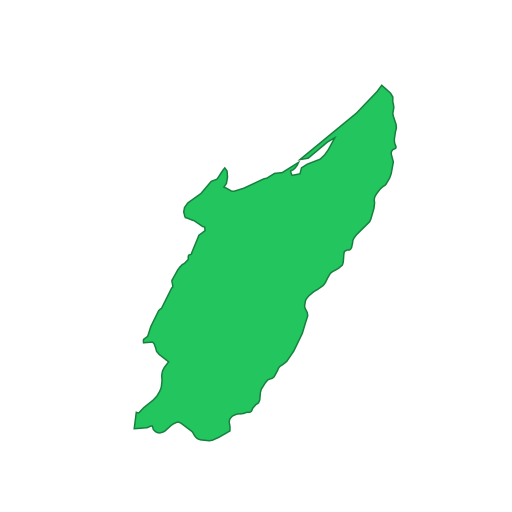 the border of Miranda, rotated 297°
{"feature_id": "VEN-47", "entity_name": "Miranda", "entity_type": "State", "adm_level": 1, "iso_a3": "VEN", "parent_name": "Venezuela", "parent_adm1": "", "projection": "albers", "projection_center": [-66.423, 10.291], "detail": "fine", "context": "isolated", "style": "filled", "palette": "green", "viewbox_px": 512, "rotation_deg": 297, "n_neighbors": 0, "source": "natural_earth", "source_scale": "10m", "svg_char_len": 3469}
<svg xmlns="http://www.w3.org/2000/svg" viewBox="0 0 512 512"><g transform="rotate(297 256 256)"><path d="M258.1,175.7L259.0,174.6L262.4,171.6L266.8,170.3L272.5,171.2L286.7,178.6L302.1,182.2L306.8,186.4L317.6,187.6L320.3,188.2L318.6,191.6L313.4,194.8L307.3,196.7L302.8,196.2L303.0,199.0L302.7,204.7L303.6,206.9L310.8,214.3L328.4,228.0L330.2,230.3L338.0,235.0L342.2,241.5L358.7,251.4L355.4,251.5L352.1,250.9L349.4,249.8L347.5,248.2L345.7,249.7L344.2,251.5L349.2,257.9L355.2,256.5L361.2,260.1L371.4,269.2L377.4,271.3L383.7,272.2L397.1,272.5L390.1,268.0L366.8,258.1L361.9,251.4L429.1,280.7L457.4,289.2L465.2,290.5L465.0,291.3L462.2,301.9L459.8,305.7L458.7,306.3L457.6,306.8L456.4,307.4L455.0,308.2L453.9,309.3L450.9,311.4L445.3,313.1L443.0,314.8L437.0,320.9L435.1,322.2L433.5,323.1L430.2,323.8L423.8,325.9L421.6,326.9L419.5,328.3L416.9,331.2L415.7,331.6L414.8,331.2L413.9,330.4L412.8,329.6L410.9,329.3L409.6,329.6L408.4,330.1L402.1,335.7L390.7,339.1L385.9,339.7L379.6,339.3L378.2,339.1L377.1,338.6L376.1,337.9L374.3,337.1L371.7,336.2L366.3,335.2L363.6,335.0L361.5,335.2L359.3,336.1L358.2,336.8L357.3,337.5L351.9,339.5L340.8,341.6L338.1,341.7L320.6,335.9L316.9,335.2L314.8,335.2L313.2,335.4L311.7,336.1L307.0,337.3L305.2,337.2L304.0,336.7L303.4,336.0L302.9,334.6L300.3,332.8L299.3,332.9L297.4,333.5L290.5,336.4L288.4,336.9L286.9,337.0L282.4,335.1L276.8,331.3L274.2,330.1L268.8,329.8L264.1,329.9L261.7,329.6L259.9,329.1L253.3,325.6L252.8,325.1L252.5,324.9L249.4,323.2L244.6,321.2L241.8,320.5L239.7,320.3L238.3,320.5L233.7,321.9L233.1,322.3L232.4,322.8L231.7,323.5L228.9,327.3L226.3,329.2L217.9,330.6L208.1,332.4L188.3,332.8L175.9,331.2L171.3,329.1L168.9,327.6L167.3,327.1L165.7,327.0L163.7,327.2L156.7,327.0L154.8,326.2L153.7,325.4L153.3,324.7L150.9,322.7L146.6,321.8L139.6,321.2L136.4,321.9L129.4,324.7L126.3,324.9L125.6,324.6L124.8,324.1L123.7,323.4L119.0,322.2L115.7,322.4L114.3,321.7L113.3,320.4L112.5,318.7L110.1,316.5L108.1,313.6L107.7,312.6L106.3,310.6L103.0,307.8L101.6,307.3L99.5,306.8L98.3,306.8L97.3,307.0L96.3,307.4L95.3,307.9L93.5,309.3L91.4,310.7L88.3,312.2L77.4,305.1L72.1,300.8L70.2,298.3L67.1,290.3L66.7,288.1L66.7,286.3L67.1,285.0L68.1,282.7L70.1,279.7L70.6,278.5L73.0,265.0L72.9,263.0L72.7,262.0L71.4,260.5L68.3,258.2L66.3,257.2L59.1,254.5L57.7,253.7L56.4,252.6L54.6,250.5L54.0,248.8L53.8,247.2L54.0,245.8L54.4,244.5L54.8,243.3L56.7,241.6L57.5,240.6L57.0,239.9L55.3,238.3L53.7,237.1L46.8,225.9L62.4,220.3L62.7,222.5L62.9,222.7L63.7,223.1L64.5,223.2L70.1,224.9L80.7,229.7L86.1,231.3L91.2,231.6L94.0,231.5L96.3,231.1L102.2,228.9L106.6,226.3L108.3,225.7L111.2,224.9L115.1,224.9L122.0,226.2L124.3,214.5L125.9,210.7L128.7,208.2L131.6,205.0L132.1,203.6L132.3,202.9L130.5,199.9L127.6,195.2L130.0,193.8L131.0,193.8L131.9,194.3L134.7,195.7L135.6,195.9L145.6,194.3L162.7,194.1L163.1,194.1L164.2,194.4L166.6,195.6L189.2,195.4L190.8,195.9L192.5,194.8L194.7,193.0L195.7,192.3L196.5,192.1L196.9,192.2L208.6,192.6L209.6,192.9L211.4,193.1L211.8,193.2L212.0,193.3L212.3,193.5L212.7,193.6L213.8,193.8L215.0,194.3L215.5,194.6L215.8,194.9L216.4,195.3L217.5,195.8L221.5,197.0L222.3,197.2L223.5,196.5L225.0,195.8L225.8,195.7L226.3,195.7L228.0,197.4L228.4,197.6L228.7,197.6L229.4,197.3L245.5,196.0L248.6,195.7L255.4,199.1L258.0,197.5L258.5,196.9L258.5,196.7L258.4,196.5L258.2,195.9L258.2,195.7L258.0,195.3L259.4,184.7L259.4,184.4L259.3,184.2L259.2,184.0L259.1,183.8L259.0,183.3L259.0,182.7L258.5,177.1L258.1,175.7Z" fill="#22c55e" stroke="#15803d" stroke-width="1.5"/></g></svg>